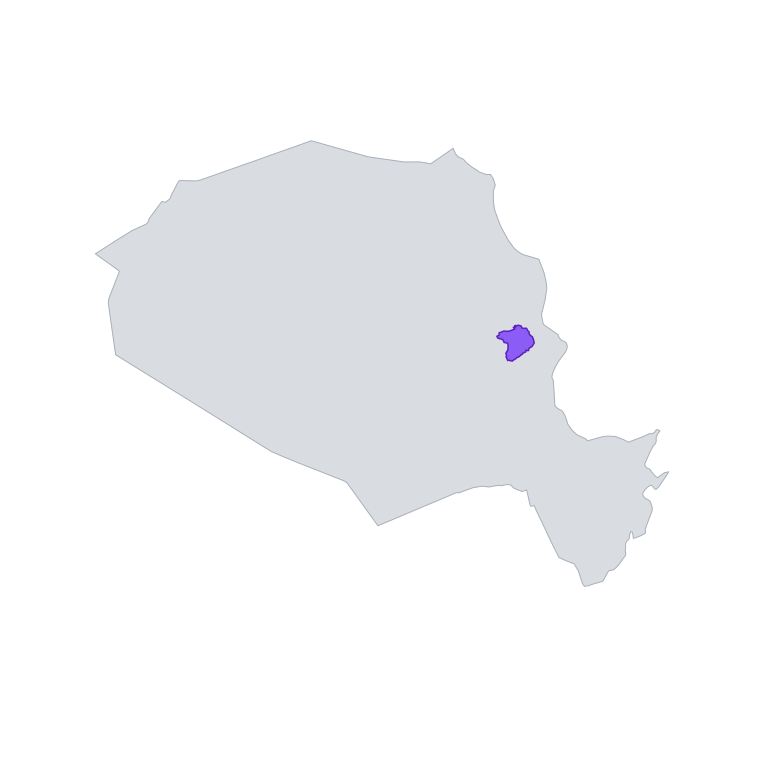 location of Mayahi, Maradi, Niger, rotated 247°
{"feature_id": "23599985B12759501052009", "entity_name": "Mayahi", "entity_type": "district", "adm_level": 2, "iso_a3": "NER", "parent_name": "Niger", "parent_adm1": "Maradi", "projection": "natural_earth1", "projection_center": [7.671, 14.129], "detail": "fine", "context": "in_parent", "style": "filled", "palette": "violet", "viewbox_px": 768, "rotation_deg": 247, "n_neighbors": 0, "source": "geoboundaries", "source_scale": "gbopen_adm2", "svg_char_len": 4193}
<svg xmlns="http://www.w3.org/2000/svg" viewBox="0 0 768 768"><g transform="rotate(247 384 384)"><path d="M573.9,539.7L567.8,539.8L564.3,541.0L559.9,544.9L555.0,546.5L549.0,549.9L545.2,552.6L541.7,554.7L536.8,560.0L535.2,564.0L530.3,564.8L523.4,564.1L519.1,560.1L508.9,555.9L502.4,554.2L499.3,553.7L483.9,553.0L467.5,554.6L459.1,556.6L457.6,557.0L452.8,559.5L448.9,562.4L438.3,575.3L424.2,574.8L415.8,573.4L408.8,571.4L398.8,565.4L386.5,556.2L381.7,554.9L377.5,554.2L376.0,554.3L361.4,563.5L358.5,563.3L355.1,564.3L352.8,566.6L351.1,567.7L349.4,567.9L347.0,567.4L344.8,566.0L342.5,563.5L336.5,553.2L335.2,551.5L332.7,548.4L328.3,543.7L325.4,541.5L323.6,541.0L321.4,541.3L309.7,537.3L297.9,533.0L295.3,533.5L293.5,534.4L289.4,537.6L284.6,538.2L278.5,537.9L275.2,537.5L269.8,538.6L266.2,539.8L261.5,542.0L255.3,547.8L253.6,548.6L252.1,549.5L250.0,565.5L248.3,570.3L245.2,576.7L239.1,582.8L234.9,586.4L234.8,591.4L234.4,599.5L234.4,605.1L234.6,608.7L233.9,610.4L233.6,612.0L233.8,614.4L234.8,615.5L235.4,617.0L235.0,618.2L233.0,619.6L230.9,616.0L228.1,613.4L225.0,612.3L223.0,610.4L221.9,607.8L217.9,602.8L208.7,592.9L207.8,592.7L206.2,592.3L203.6,593.5L202.0,595.1L200.9,595.7L199.2,595.8L194.8,597.1L191.2,598.7L191.1,600.0L192.8,607.6L191.9,611.6L190.4,609.7L185.4,602.1L181.9,596.5L181.3,595.2L180.8,593.3L181.1,592.4L182.5,591.9L185.7,591.1L186.3,590.5L186.5,589.0L186.0,586.1L184.3,582.2L182.4,579.6L181.4,579.1L179.5,579.0L177.4,579.4L173.4,582.5L171.7,583.1L167.6,582.9L164.0,582.2L161.8,580.6L155.3,574.3L148.2,567.7L145.2,566.8L144.5,566.1L144.0,561.0L144.2,554.8L144.6,553.2L147.6,554.2L150.8,554.6L151.8,553.5L149.3,551.3L145.6,549.1L144.3,545.8L143.2,544.6L141.6,543.4L139.7,542.8L137.8,541.9L136.5,540.9L134.3,540.5L132.1,539.7L128.9,534.3L125.7,529.1L123.9,524.9L123.3,522.4L124.3,518.2L123.3,516.5L119.8,512.2L116.9,508.2L117.7,502.0L118.3,496.8L118.4,493.5L118.9,491.7L119.3,489.6L121.2,488.9L126.2,489.0L135.9,489.9L143.7,488.8L144.1,488.7L149.6,483.1L155.8,477.3L164.9,476.7L174.7,476.1L182.5,475.8L193.8,475.4L202.9,475.0L213.5,474.6L213.9,471.9L214.5,471.2L215.5,471.1L223.3,472.6L230.6,473.9L231.2,468.9L237.6,462.6L241.3,461.3L242.2,460.2L243.3,458.1L244.1,454.8L244.4,452.4L245.7,450.5L246.7,446.9L248.1,440.6L251.7,434.1L253.8,425.1L254.2,416.5L254.6,410.0L255.7,408.6L255.7,397.0L255.7,385.3L255.8,375.4L255.8,363.0L255.8,352.2L255.8,340.5L255.9,330.0L255.9,323.0L263.2,321.4L270.9,319.6L282.0,317.1L294.1,314.4L307.2,311.4L310.2,309.6L320.1,299.5L324.6,295.0L333.5,285.9L340.4,278.9L349.1,270.1L358.3,261.1L365.7,254.0L377.2,245.9L394.6,233.7L412.0,221.5L429.3,209.4L446.6,197.2L463.9,185.0L481.2,172.8L498.4,160.6L515.7,148.4L533.1,153.0L549.7,157.4L566.4,161.9L570.4,164.3L579.3,173.0L590.7,184.1L591.2,184.3L591.7,184.3L602.5,177.8L616.6,169.2L620.6,192.3L623.7,212.1L624.0,224.8L624.2,228.0L625.4,230.3L628.0,232.5L638.8,250.8L636.6,253.9L638.2,259.6L641.0,262.0L649.9,272.9L651.1,275.0L650.6,276.7L644.7,289.5L643.7,292.7L642.6,309.0L641.9,320.5L640.9,336.3L639.7,355.2L638.8,371.1L637.5,392.2L636.3,412.1L627.5,423.1L611.9,442.5L599.2,458.3L592.9,468.8L580.4,489.5L574.9,502.8L570.6,509.8L568.4,512.8L570.4,522.6L573.9,539.7Z" fill="#d9dde1" stroke="#a8b0b8" stroke-width="1"/><path d="M364.3,538.5L367.1,539.0L369.5,539.0L371.4,537.9L372.9,537.3L374.1,537.4L375.5,537.9L376.9,537.1L379.2,537.0L379.9,536.6L380.0,535.8L380.5,534.7L381.5,532.9L383.8,532.9L385.7,530.5L385.7,528.6L386.6,527.8L386.5,527.1L384.8,527.0L385.1,526.2L385.6,525.8L385.6,525.3L384.9,525.4L384.1,525.4L383.6,525.6L383.6,520.5L384.0,519.3L384.3,518.1L385.0,516.8L385.9,515.0L386.0,512.2L386.1,509.9L384.7,509.4L383.9,508.8L383.9,507.1L383.8,506.6L382.0,506.6L381.7,506.8L380.1,508.7L379.8,509.3L378.2,510.7L376.1,510.8L375.3,510.8L373.3,513.7L371.1,513.3L368.2,512.0L366.5,510.8L365.8,509.7L364.7,508.2L361.8,507.8L361.4,507.0L357.3,507.1L357.2,508.0L356.3,509.1L355.0,511.1L355.5,512.8L355.6,514.2L355.9,515.5L356.5,516.6L356.2,518.3L356.9,520.8L357.2,521.1L357.3,523.0L358.1,523.6L358.2,527.1L359.6,527.8L358.4,529.6L358.4,530.3L359.3,530.6L360.3,531.7L360.4,533.1L360.7,534.9L361.9,536.8L362.8,537.8L363.2,538.4L364.3,538.5Z" fill="#8b5cf6" stroke="#5b21b6" stroke-width="1.5"/></g></svg>